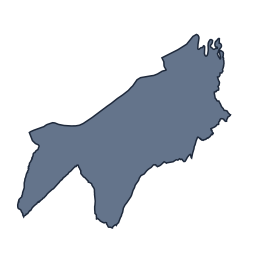 Fet nor, Akershus, Norway, rotated 97°
{"feature_id": "86288312B34896382200122", "entity_name": "Fet nor", "entity_type": "district", "adm_level": 2, "iso_a3": "NOR", "parent_name": "Norway", "parent_adm1": "Akershus", "projection": "equal_earth", "projection_center": [11.264, 59.871], "detail": "fine", "context": "isolated", "style": "filled", "palette": "slate", "viewbox_px": 256, "rotation_deg": 97, "n_neighbors": 0, "source": "geoboundaries", "source_scale": "gbopen_adm2", "svg_char_len": 5746}
<svg xmlns="http://www.w3.org/2000/svg" viewBox="0 0 256 256"><g transform="rotate(97 128 128)"><path d="M95.9,137.4L100.0,142.1L105.6,147.6L109.0,151.4L122.1,165.0L129.0,173.0L131.2,176.6L132.3,180.4L132.9,184.8L133.3,191.8L132.9,197.4L131.9,201.2L131.9,203.3L132.2,204.1L134.4,208.7L135.5,210.2L136.9,211.6L137.7,213.3L141.7,221.2L143.3,223.9L144.5,225.4L152.2,221.3L154.7,218.0L155.6,215.0L156.2,214.3L157.1,214.0L158.8,214.5L159.7,214.6L160.6,215.0L161.2,215.9L162.2,216.8L163.6,217.3L163.8,218.0L165.1,218.9L167.4,218.9L167.8,219.2L168.9,219.3L169.1,219.6L169.9,219.3L170.2,219.4L170.1,219.7L171.7,219.9L172.0,220.2L173.0,220.4L175.0,221.5L176.3,221.4L177.1,221.7L177.7,221.5L178.0,221.6L178.0,221.9L178.4,222.2L179.5,221.9L179.9,222.1L180.0,221.8L180.3,221.6L181.7,221.8L183.4,222.5L184.4,222.3L184.7,222.8L186.0,223.2L189.4,223.6L191.1,224.1L192.4,224.0L195.2,224.3L200.1,223.7L204.9,224.7L207.0,224.7L208.1,225.1L209.1,225.0L212.0,227.3L212.8,227.6L214.7,227.3L214.9,227.6L214.7,227.8L215.5,227.9L217.8,228.1L219.7,227.8L220.8,227.4L221.4,226.8L221.8,225.5L222.5,224.3L224.1,223.5L225.6,222.1L226.0,222.2L226.8,221.8L227.4,221.7L228.9,220.7L227.9,220.4L227.0,219.0L226.0,218.6L226.1,218.4L225.1,217.1L222.0,215.5L221.9,214.7L221.6,214.5L218.8,213.3L216.7,211.7L214.8,210.0L214.4,209.4L213.6,209.1L212.5,208.4L212.3,208.1L212.3,207.9L212.7,207.8L212.6,207.6L212.1,207.5L212.2,207.3L211.7,207.1L211.8,206.9L211.3,206.7L211.3,206.4L210.2,205.6L209.1,204.4L208.0,203.8L207.7,203.1L204.7,200.9L203.8,200.5L201.8,199.0L198.1,195.7L197.7,195.0L197.1,194.4L191.6,190.6L190.6,189.8L189.2,189.1L188.4,188.3L187.9,188.1L187.7,187.6L187.3,187.5L187.3,187.3L186.8,186.9L185.4,186.3L185.3,185.9L184.4,185.4L184.4,185.2L183.3,184.1L182.2,183.4L181.2,182.2L179.2,181.2L177.9,179.7L174.0,176.9L173.0,175.9L172.6,175.8L172.7,175.5L172.2,174.9L172.3,174.7L171.4,174.4L170.9,173.2L172.0,172.4L172.7,172.2L173.7,171.3L175.2,170.5L175.8,169.8L179.0,169.2L181.9,166.2L182.5,164.7L185.1,161.7L185.3,161.2L186.6,160.8L186.8,159.3L187.7,157.4L189.4,156.6L192.1,154.3L193.4,153.8L195.8,153.5L196.7,153.2L197.6,153.2L204.6,151.6L208.8,151.4L210.0,151.5L213.1,151.1L215.7,150.5L216.6,150.5L217.2,150.0L217.5,149.3L218.4,148.8L219.9,148.6L220.9,148.3L221.9,148.3L221.9,148.1L222.1,148.0L221.5,147.2L221.6,146.8L222.3,146.1L222.5,145.5L222.8,145.0L223.6,144.3L224.7,141.7L224.9,140.7L225.1,140.2L224.6,138.9L224.7,137.8L226.0,137.5L226.2,137.1L228.5,135.6L228.8,135.1L228.6,133.3L229.2,131.4L229.1,131.2L228.2,131.2L226.9,130.2L225.9,129.1L225.5,128.4L226.1,127.7L224.9,127.3L224.0,126.7L223.2,125.9L217.9,124.6L215.9,123.8L214.7,123.8L212.5,123.1L208.0,122.8L204.8,121.6L202.3,120.1L196.0,116.9L194.3,116.3L189.3,115.4L186.4,114.3L183.9,113.9L178.8,111.2L175.8,110.5L174.9,109.9L173.7,109.4L171.6,106.3L168.3,104.3L166.4,102.7L164.2,100.1L161.8,98.5L161.3,97.9L161.4,97.0L161.1,96.6L161.1,96.1L161.3,95.8L162.0,95.5L162.2,94.8L162.8,94.1L161.6,92.0L160.4,90.7L157.1,88.0L157.4,87.1L157.8,86.8L157.9,85.9L158.2,85.4L157.8,85.0L156.0,79.1L153.9,76.6L153.6,75.9L153.8,74.6L153.4,74.1L152.5,73.4L152.2,73.0L152.9,71.8L152.4,71.0L152.5,70.5L153.2,70.0L154.5,68.5L154.3,67.5L154.0,67.2L153.2,66.8L149.7,65.4L147.6,64.1L146.6,63.1L147.2,62.5L149.7,61.7L150.1,61.2L145.1,60.8L140.6,60.0L138.4,60.0L136.5,59.4L132.3,58.8L128.9,57.9L128.7,57.8L128.6,57.1L129.6,55.5L130.2,54.8L129.8,54.6L131.1,53.1L131.0,52.6L130.7,52.1L131.0,51.8L130.3,50.8L129.8,49.4L129.5,49.1L129.1,49.0L128.4,48.1L128.2,47.9L128.4,47.4L127.8,47.1L127.6,46.6L126.8,46.0L126.6,45.6L125.9,45.3L125.1,44.7L124.0,44.4L123.8,44.0L124.1,43.3L123.1,43.1L123.0,42.8L122.4,43.0L122.2,43.4L121.2,44.2L120.2,44.3L119.7,44.8L119.8,45.0L119.4,45.0L119.0,45.6L118.6,45.7L116.3,41.9L116.0,41.8L115.2,40.8L114.2,40.3L113.7,39.9L113.4,38.6L113.1,38.4L112.0,38.7L111.0,38.6L109.4,37.6L109.0,37.8L108.2,37.6L107.5,37.0L107.3,36.4L107.5,36.0L107.3,35.8L107.3,35.1L107.6,34.6L107.6,34.1L107.9,33.7L108.7,33.4L109.1,32.8L109.5,32.0L109.3,31.7L109.3,31.0L107.6,31.1L106.5,30.5L105.1,30.3L104.1,29.0L102.9,28.0L102.4,27.9L102.4,28.3L100.8,30.4L99.1,31.6L99.0,32.4L98.7,33.0L98.8,34.7L97.1,35.9L95.4,37.8L92.9,39.2L92.0,40.0L91.3,40.3L90.7,40.9L90.1,41.2L90.4,41.8L90.0,43.2L88.9,43.8L87.8,45.1L82.9,46.6L81.8,46.7L81.5,45.7L81.1,45.5L81.2,45.1L81.0,44.8L80.6,44.8L79.7,44.0L79.5,43.1L79.2,42.7L77.4,42.8L75.7,43.8L74.5,42.9L71.9,42.7L70.9,43.1L69.8,43.9L66.5,45.4L66.3,45.0L66.2,44.1L65.9,43.8L64.5,43.2L62.2,43.3L61.9,42.1L62.0,42.0L62.0,41.7L61.3,41.5L60.3,40.8L59.2,41.0L58.4,41.4L56.4,40.8L55.8,40.8L54.8,40.6L54.7,40.8L52.5,40.6L49.6,41.1L48.1,41.7L47.1,41.6L46.6,41.9L46.6,42.1L46.5,42.3L45.8,42.6L44.9,42.2L43.8,42.5L42.8,42.3L41.5,42.7L40.8,43.3L39.8,45.4L39.8,45.8L40.4,46.2L41.7,46.5L46.4,44.8L47.2,44.6L48.0,44.7L48.1,44.9L48.2,45.0L46.0,46.9L43.7,48.2L43.2,48.3L42.4,47.8L41.0,47.7L39.5,47.3L36.4,45.4L35.5,45.2L34.4,45.4L33.4,46.0L32.7,47.1L32.7,47.8L28.1,48.2L28.0,48.7L28.7,49.6L31.4,51.2L31.4,51.6L33.3,52.0L35.0,51.9L36.2,51.4L36.7,50.9L36.9,49.5L37.1,49.1L38.0,49.0L38.3,49.6L38.1,50.0L38.1,50.5L39.4,51.9L39.5,52.4L39.3,53.1L38.0,54.8L37.9,55.4L37.3,55.9L36.4,56.2L35.8,56.1L34.8,55.4L33.2,54.7L30.9,54.7L30.6,55.0L30.1,56.3L30.3,57.1L30.7,57.5L32.7,58.4L34.0,58.7L36.3,58.6L38.4,58.2L41.4,57.8L44.9,57.9L46.5,58.4L47.0,58.9L47.1,59.4L47.1,59.7L46.7,60.3L45.0,61.2L38.9,61.7L38.0,61.8L37.3,62.3L37.1,62.8L37.3,63.1L38.6,63.6L39.1,64.0L39.3,65.3L41.2,67.1L41.3,67.7L40.9,68.4L36.6,68.7L30.1,68.5L28.9,68.8L27.6,69.7L27.1,70.5L26.8,71.5L29.2,74.7L37.7,80.0L44.3,88.1L54.2,102.9L57.9,100.5L61.9,99.8L62.9,99.3L65.3,97.4L65.6,97.3L66.0,97.4L67.4,100.9L70.8,105.3L72.7,108.8L73.4,111.4L76.5,121.7L79.0,124.9L85.8,128.5L87.3,129.8L90.7,132.2L95.9,137.4Z" fill="#64748b" stroke="#1e293b" stroke-width="1.5"/></g></svg>